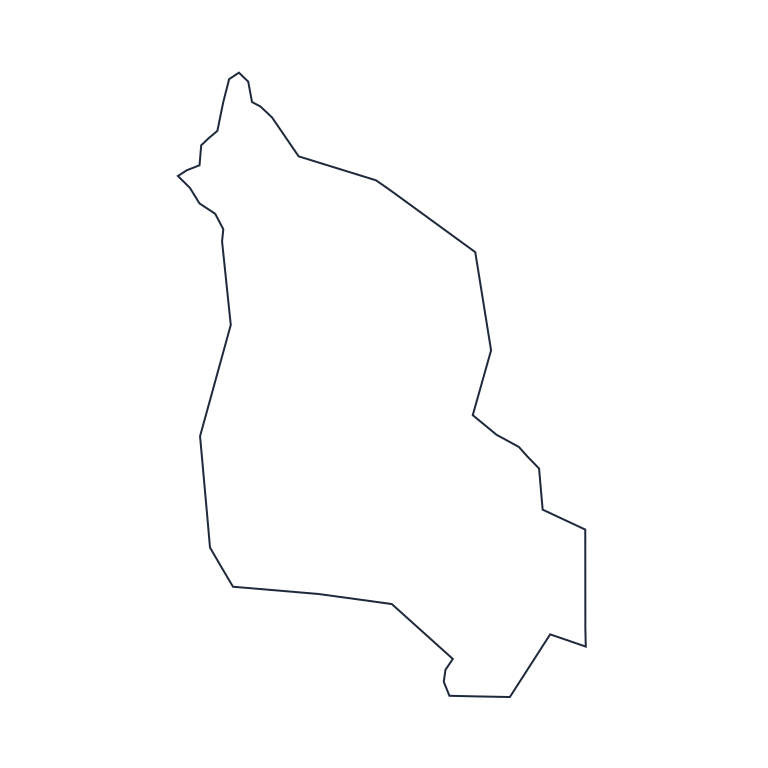 Barro Duro, Piauí, Brazil (Equal Earth projection), rotated 175°
{"feature_id": "56859067B99365487632822", "entity_name": "Barro Duro", "entity_type": "district", "adm_level": 2, "iso_a3": "BRA", "parent_name": "Brazil", "parent_adm1": "Piauí", "projection": "equal_earth", "projection_center": [-42.496, -5.81], "detail": "fine", "context": "isolated", "style": "outline", "palette": "slate", "viewbox_px": 768, "rotation_deg": 175, "n_neighbors": 0, "source": "geoboundaries", "source_scale": "gbopen_adm2", "svg_char_len": 736}
<svg xmlns="http://www.w3.org/2000/svg" viewBox="0 0 768 768"><g transform="rotate(175 384 384)"><path d="M346.0,67.7L318.9,64.7L285.9,61.2L240.3,120.1L205.9,104.8L204.7,123.1L196.2,221.4L236.9,245.0L236.9,286.3L247.5,299.3L255.1,309.5L276.3,323.6L298.3,345.2L274.4,408.2L281.6,507.4L360.9,576.5L374.2,587.6L449.2,618.2L472.3,659.3L482.8,671.1L490.9,676.4L492.9,697.0L501.4,706.8L511.7,701.2L519.6,678.7L527.9,650.7L537.2,644.2L545.3,637.7L548.7,618.0L561.9,614.1L571.2,609.2L560.2,596.2L552.1,580.0L537.3,568.2L530.6,552.2L532.9,540.1L531.5,456.2L571.8,348.0L571.6,270.1L571.6,236.2L562.3,216.5L552.1,195.2L467.0,180.4L395.4,164.1L339.4,104.1L347.7,93.9L350.4,82.1L346.0,67.7Z" fill="none" stroke="#1e293b" stroke-width="2"/></g></svg>